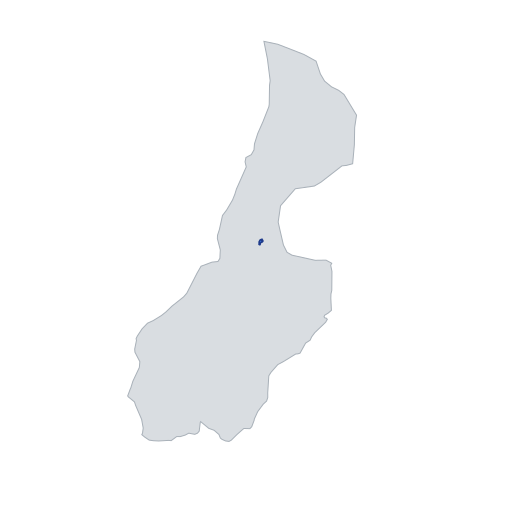 Salaspils, Salaspils, Latvia (highlighted), rotated 108°
{"feature_id": "27541924B10713926826642", "entity_name": "Salaspils", "entity_type": "district", "adm_level": 2, "iso_a3": "LVA", "parent_name": "Latvia", "parent_adm1": "Salaspils", "projection": "robinson", "projection_center": [24.35, 56.87], "detail": "fine", "context": "in_parent", "style": "filled", "palette": "blue", "viewbox_px": 512, "rotation_deg": 108, "n_neighbors": 0, "source": "geoboundaries", "source_scale": "gbopen_adm2", "svg_char_len": 2968}
<svg xmlns="http://www.w3.org/2000/svg" viewBox="0 0 512 512"><g transform="rotate(108 256 256)"><path d="M371.6,344.5L368.7,344.1L360.4,341.8L353.4,338.4L349.2,333.8L341.9,327.6L337.1,324.4L329.6,320.4L317.2,312.2L312.7,310.3L290.7,306.8L282.7,305.1L275.4,295.9L273.0,290.5L269.4,289.6L265.5,290.7L261.3,291.8L251.4,298.1L248.2,299.0L242.1,299.0L227.8,300.4L221.2,298.1L209.9,295.6L203.8,295.2L198.4,295.3L174.3,292.8L169.8,295.5L165.4,296.0L161.1,291.8L155.7,290.7L149.8,292.1L139.0,292.2L126.3,290.9L110.0,289.9L107.6,290.3L89.4,295.9L84.9,296.7L65.1,306.0L49.4,314.8L47.9,300.8L49.5,272.9L52.1,259.1L63.0,251.0L68.5,244.8L71.8,236.4L72.9,228.6L75.2,222.2L91.0,203.9L103.2,201.9L119.9,196.8L138.4,192.6L141.9,198.0L143.7,202.1L165.8,217.1L171.4,222.1L179.9,239.4L200.6,248.2L216.9,245.4L224.0,241.2L237.1,233.3L242.9,227.6L244.1,222.0L241.8,198.4L238.3,188.1L239.5,181.7L241.7,182.1L247.2,179.0L265.3,173.3L268.9,173.0L273.0,171.8L284.4,167.5L288.1,169.8L291.1,172.4L292.8,172.5L293.6,171.5L293.4,169.8L294.2,168.6L297.5,169.3L310.7,176.4L315.8,178.1L319.3,178.5L323.5,181.9L334.8,184.1L336.1,185.9L337.0,188.0L347.7,197.1L352.5,201.7L362.0,205.8L366.0,206.8L382.4,202.6L386.9,201.1L390.7,201.1L394.6,203.3L403.5,206.3L411.5,207.2L412.9,207.0L419.7,207.3L422.1,208.5L423.8,214.3L431.6,218.9L438.8,222.6L440.7,224.4L441.3,227.8L440.9,231.7L440.1,233.7L437.2,236.1L434.7,242.0L434.5,247.7L430.6,257.5L431.5,257.6L440.1,255.9L442.6,256.9L444.5,259.1L445.3,265.2L448.2,268.0L451.2,272.3L452.2,275.6L457.8,279.6L458.4,282.2L462.0,291.4L463.4,296.6L464.1,300.7L462.6,305.9L461.2,309.4L459.5,309.2L454.5,310.1L446.7,314.3L435.3,324.3L432.3,326.5L429.4,334.0L428.7,334.8L421.8,334.5L420.0,334.3L413.1,334.4L398.1,332.5L392.4,333.8L384.9,341.4L382.0,342.6L373.2,343.6L371.6,344.5Z" fill="#d9dde1" stroke="#a8b0b8" stroke-width="1"/><path d="M239.3,255.9L239.2,255.9L239.0,256.0L239.0,256.3L238.9,256.3L239.0,256.4L239.0,256.5L239.3,256.6L239.3,256.8L239.5,256.9L239.5,257.0L239.8,257.1L240.0,257.2L240.3,257.2L240.7,257.3L240.8,257.3L241.0,257.3L241.3,257.3L241.5,257.3L241.5,257.2L241.8,257.0L241.9,256.9L242.1,256.9L242.3,256.9L242.5,256.9L242.5,256.7L242.5,256.8L242.6,256.7L242.8,256.7L242.9,256.8L243.0,256.8L243.4,256.9L243.6,256.9L243.8,256.9L244.0,256.7L244.2,256.3L244.2,256.2L243.9,256.1L243.9,255.9L244.0,255.9L244.0,255.7L243.9,255.6L243.7,255.7L243.5,255.8L243.4,255.8L243.1,255.8L243.1,255.7L243.1,255.8L242.9,255.9L242.7,255.9L242.6,255.7L242.4,255.6L242.2,255.5L242.1,255.4L242.1,255.2L242.1,255.3L241.9,255.3L241.7,255.3L241.6,255.2L241.4,255.3L241.3,255.2L241.1,255.1L240.9,254.9L240.6,254.8L240.6,254.7L240.6,254.4L240.3,254.3L240.4,254.2L240.2,254.1L239.9,254.0L239.6,254.1L239.7,254.3L239.8,254.3L239.8,254.5L239.7,254.5L239.7,254.4L239.3,254.4L239.2,254.5L238.9,254.6L238.8,254.8L238.7,254.9L238.6,255.0L238.9,255.1L239.0,255.3L239.3,255.3L239.5,255.4L239.5,255.5L239.4,255.7L239.3,255.9Z" fill="#3b82f6" stroke="#1e3a8a" stroke-width="1.5"/></g></svg>